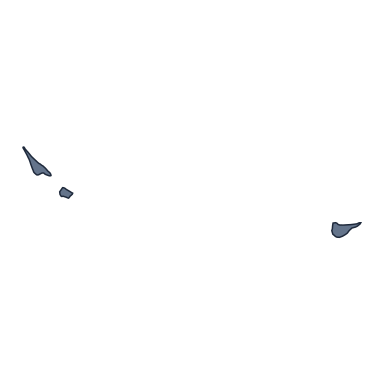 the district of Amatuku, Tuvalu, rotated 179°
{"feature_id": "33948139B56482172223840", "entity_name": "Amatuku", "entity_type": "district", "adm_level": 2, "iso_a3": "TUV", "parent_name": "Tuvalu", "parent_adm1": "", "projection": "albers", "projection_center": [179.158, -8.434], "detail": "fine", "context": "isolated", "style": "filled", "palette": "slate", "viewbox_px": 384, "rotation_deg": 179, "n_neighbors": 0, "source": "geoboundaries", "source_scale": "gbopen_adm2", "svg_char_len": 1737}
<svg xmlns="http://www.w3.org/2000/svg" viewBox="0 0 384 384"><g transform="rotate(179 192 192)"><path d="M50.9,146.5L49.3,145.0L47.8,144.3L45.3,144.1L42.2,145.2L39.2,146.9L37.4,148.2L36.5,149.4L35.4,150.8L33.8,152.2L32.7,153.2L29.1,154.1L27.2,155.0L24.5,157.1L23.8,158.3L25.4,158.3L27.6,157.3L30.0,157.0L33.9,156.6L36.6,156.5L41.1,156.3L44.8,156.4L46.5,157.0L47.6,158.2L48.9,158.8L51.5,158.5L52.0,155.9L52.3,152.8L52.9,150.9L52.3,148.7L51.9,147.3L50.9,146.5ZM332.9,210.8L332.7,210.9L332.7,211.1L332.8,211.5L332.9,211.9L332.9,212.2L333.1,212.5L333.4,212.8L333.7,213.6L334.2,214.1L334.7,214.5L335.0,214.8L335.6,215.3L336.1,215.8L336.9,216.9L337.7,217.8L338.9,219.1L339.6,219.7L340.5,220.6L341.9,221.4L342.7,222.1L343.4,222.7L344.2,223.0L345.6,224.1L351.8,230.2L355.6,235.0L355.8,235.3L356.3,235.7L356.8,236.4L357.2,236.9L357.9,237.6L358.5,238.7L358.7,239.1L358.9,239.4L359.2,239.6L359.4,239.9L359.7,239.8L360.0,239.8L360.2,239.5L360.1,239.1L360.0,238.7L359.2,237.4L356.3,231.8L355.1,229.1L354.2,227.3L353.4,225.0L352.7,222.6L350.9,217.4L350.6,216.8L350.4,216.2L349.9,214.7L349.4,214.1L349.1,213.7L348.5,213.2L347.9,212.6L347.4,212.2L346.8,211.8L346.5,211.8L345.9,211.8L345.5,211.8L344.6,212.1L344.3,212.4L343.7,212.6L343.2,212.8L342.8,213.1L342.0,213.4L341.3,213.6L340.5,213.6L340.1,213.6L339.6,213.3L339.2,212.9L338.8,212.5L337.9,212.0L336.9,211.6L335.8,211.2L335.4,211.0L334.3,210.7L333.7,210.6L332.9,210.8ZM315.2,188.3L314.6,189.0L313.9,190.0L313.0,190.7L311.7,191.9L311.3,192.9L312.7,193.7L314.0,194.6L316.0,195.8L317.8,196.9L318.8,197.8L320.2,198.5L321.3,198.6L322.9,196.4L324.3,194.5L324.0,191.9L323.1,190.3L322.4,189.8L320.9,190.0L318.2,189.1L315.7,188.0L315.2,188.3Z" fill="#64748b" stroke="#1e293b" stroke-width="1.5"/></g></svg>